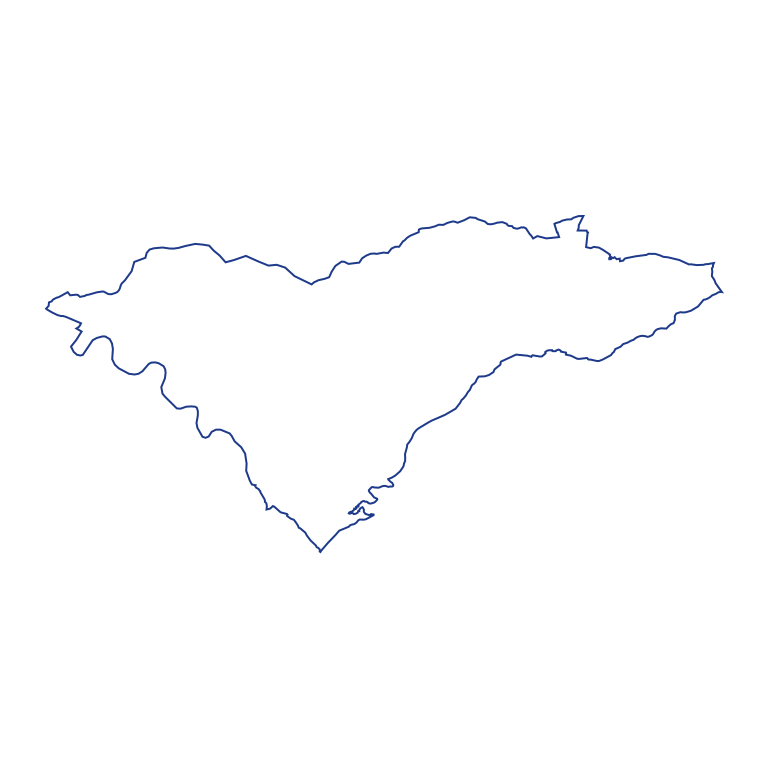 the district of Valea Lunga, Alba, Romania
{"feature_id": "2599482B95544778278344", "entity_name": "Valea Lunga", "entity_type": "district", "adm_level": 2, "iso_a3": "ROU", "parent_name": "Romania", "parent_adm1": "Alba", "projection": "natural_earth1", "projection_center": [24.097, 46.129], "detail": "fine", "context": "isolated", "style": "outline", "palette": "blue", "viewbox_px": 768, "rotation_deg": 0, "n_neighbors": 0, "source": "geoboundaries", "source_scale": "gbopen_adm2", "svg_char_len": 6092}
<svg xmlns="http://www.w3.org/2000/svg" viewBox="0 0 768 768"><path d="M273.4,506.5L273.7,506.4L274.2,506.6L280.6,512.3L287.0,514.0L287.5,514.6L287.0,515.7L287.7,516.4L290.7,518.6L293.9,519.8L295.8,522.3L298.0,525.7L298.7,527.7L300.3,528.4L305.3,532.6L306.9,535.6L310.7,540.6L315.9,545.5L316.7,547.2L318.3,547.9L319.6,549.3L319.9,550.0L319.7,551.5L320.4,552.0L321.6,550.2L328.0,542.8L335.3,535.2L339.2,530.7L348.8,526.7L350.0,525.4L351.2,524.8L354.5,524.0L356.6,522.4L358.3,520.3L359.8,519.5L363.6,519.7L365.8,519.3L373.4,515.3L373.7,514.9L373.6,514.5L371.4,514.1L371.0,514.2L371.0,514.6L370.2,514.7L369.8,515.3L365.4,513.9L363.8,511.8L363.9,509.5L362.5,507.2L361.3,507.7L359.9,508.9L359.3,510.1L359.3,511.1L358.3,511.0L357.7,512.7L355.8,513.7L353.8,514.1L352.2,512.7L351.3,513.2L349.5,513.7L348.8,513.3L349.2,512.6L350.6,511.8L352.3,511.7L352.7,510.9L353.7,510.3L354.2,508.7L355.1,509.1L356.0,508.8L356.6,507.9L356.5,507.5L355.9,507.2L356.0,506.9L357.6,505.9L358.1,506.5L358.4,506.5L358.6,505.9L358.2,505.2L358.3,504.8L360.6,503.1L361.1,502.2L363.1,501.1L363.9,501.0L365.1,501.7L366.6,501.7L367.7,502.2L368.4,503.2L370.7,503.6L373.8,502.7L375.1,501.9L376.7,500.3L377.3,499.2L377.1,498.7L374.1,497.4L371.2,493.8L369.8,492.5L368.9,491.0L368.9,490.1L371.6,487.3L372.5,487.0L374.7,487.5L378.7,487.7L382.9,486.0L385.4,485.9L388.5,486.9L390.2,486.5L392.2,486.5L393.0,486.1L393.3,485.0L392.2,482.9L390.6,481.8L388.5,479.8L388.2,479.1L391.7,477.7L395.1,475.7L400.1,471.3L403.0,467.1L403.7,465.6L404.0,463.5L405.1,461.1L405.2,457.6L405.0,454.2L406.9,447.3L407.2,444.7L409.5,441.8L411.8,438.1L413.4,434.1L414.5,432.4L416.6,429.9L418.8,428.2L427.4,423.0L431.7,420.6L444.9,414.9L455.6,408.7L459.9,403.2L461.7,399.9L463.2,398.7L466.1,395.2L467.8,392.2L469.9,389.8L471.8,385.5L472.7,384.6L474.1,383.7L475.7,381.9L476.7,379.5L478.6,376.6L484.9,376.3L489.0,375.0L493.4,372.1L494.5,369.4L500.2,364.8L500.5,364.1L500.6,362.3L501.2,361.5L516.1,354.6L527.4,355.7L531.4,356.8L532.0,355.7L532.6,355.3L539.7,356.5L542.0,356.4L545.2,353.7L545.6,353.1L545.2,352.4L545.2,352.1L547.1,350.7L548.5,350.3L551.7,350.2L552.1,350.2L552.4,351.1L555.4,351.2L555.9,351.0L556.3,350.4L558.7,349.6L560.3,350.4L561.0,351.1L560.9,351.6L561.1,351.7L566.0,352.6L566.1,353.2L565.9,354.6L570.9,355.7L577.3,358.8L579.3,358.9L586.9,358.0L587.4,358.2L588.0,359.2L588.9,359.6L590.6,359.6L597.4,361.1L599.3,360.9L602.8,359.5L611.0,355.1L612.4,353.2L613.9,351.9L615.3,349.1L620.6,346.7L623.1,344.1L627.6,342.6L631.0,340.7L633.6,339.8L635.3,338.3L637.1,337.2L639.8,336.2L642.1,335.8L645.0,336.1L647.3,336.8L649.0,336.6L652.1,335.1L653.1,334.1L654.4,331.7L656.2,329.9L657.7,329.1L661.0,328.3L666.4,328.6L668.3,326.5L670.8,324.3L673.6,323.1L674.9,319.9L674.8,316.1L676.2,313.6L680.0,312.3L681.3,312.2L682.6,312.5L685.6,312.3L690.8,310.8L698.0,306.5L703.6,299.8L705.7,299.4L708.2,298.3L710.5,296.8L712.1,295.4L716.0,293.8L718.0,292.5L720.1,291.9L721.9,292.1L715.4,282.9L715.1,281.7L714.2,279.7L712.0,276.4L711.9,275.3L712.3,271.8L711.9,268.4L713.0,266.7L713.0,265.2L713.9,263.0L707.9,264.1L705.5,264.2L703.7,264.8L696.9,265.1L691.0,264.3L688.9,264.4L679.3,260.0L667.9,257.3L663.3,256.8L659.8,255.3L655.3,253.9L648.7,253.8L646.4,254.9L635.7,256.3L626.0,258.2L624.7,258.7L623.2,260.6L620.0,261.2L619.7,258.6L616.7,259.2L614.6,257.2L613.4,258.0L612.5,257.7L610.8,259.2L609.3,259.2L609.2,258.1L610.7,256.6L610.0,255.9L609.7,255.0L609.9,254.5L603.0,249.9L598.9,247.6L593.9,246.9L590.7,248.2L586.1,247.1L587.5,233.9L588.0,232.5L587.2,232.2L586.6,230.6L577.7,230.5L578.7,227.9L578.8,225.2L583.4,216.0L578.5,216.1L573.4,217.8L571.3,219.3L567.0,219.5L562.0,220.7L560.1,221.9L555.6,223.2L554.4,223.9L557.0,232.4L557.6,232.4L559.1,237.1L546.4,238.4L537.3,236.1L533.1,238.5L531.3,235.7L529.8,234.2L525.9,228.3L523.7,227.3L522.7,227.6L521.3,227.3L519.0,228.3L516.9,228.7L513.5,227.9L512.2,226.2L508.6,225.8L507.6,225.2L506.7,223.8L502.3,222.1L497.1,222.7L494.4,223.6L490.8,224.3L487.8,224.0L484.8,221.5L477.4,219.1L475.8,217.9L469.7,217.3L464.2,220.2L457.6,222.7L454.1,221.5L452.4,221.5L447.4,222.9L443.3,224.9L438.9,224.7L434.8,226.4L429.5,227.8L422.2,228.4L420.1,228.9L418.9,229.6L418.7,232.2L410.3,235.7L407.2,237.7L404.4,240.5L403.0,241.3L399.2,246.7L395.4,246.8L391.6,248.5L388.0,253.0L383.6,252.6L376.4,253.9L374.3,253.5L370.5,253.8L366.4,255.5L362.1,258.3L359.3,262.6L348.5,263.9L344.3,261.8L341.6,261.6L335.4,265.9L331.7,271.6L329.2,277.2L324.7,278.8L318.5,280.2L313.9,282.4L311.6,284.4L294.5,276.1L285.2,267.6L276.7,264.8L268.5,265.6L258.4,261.5L245.9,255.9L234.1,260.0L225.6,262.3L219.6,255.5L213.8,250.7L209.1,245.6L202.6,244.6L195.2,243.9L185.4,246.0L178.6,247.9L173.7,248.6L169.4,248.5L163.4,247.6L161.4,247.6L153.8,248.3L149.5,249.6L146.7,252.9L145.4,257.8L134.3,261.9L131.6,271.2L124.8,280.5L121.8,283.4L120.9,285.0L119.7,288.8L119.0,290.1L117.4,292.0L115.3,293.0L111.4,294.2L109.7,294.2L108.2,294.0L103.7,291.6L102.4,291.5L97.0,292.3L88.5,294.7L86.3,295.0L84.9,295.9L80.0,296.9L77.8,294.9L75.7,294.7L70.2,295.3L67.7,292.2L58.8,297.1L56.6,297.7L53.1,299.5L51.6,301.4L49.0,302.4L48.6,305.9L46.1,308.7L47.4,309.7L52.2,312.5L57.3,315.0L61.2,316.1L63.0,316.0L66.0,316.9L81.0,323.3L80.1,325.1L79.0,326.8L76.4,328.5L81.6,331.5L76.2,340.1L71.0,346.6L73.7,351.9L77.0,354.8L80.4,355.5L82.8,354.9L92.7,340.2L96.7,338.0L102.5,336.4L105.3,336.5L109.8,339.2L112.0,343.5L112.9,349.0L112.2,359.2L114.8,364.6L118.7,368.3L129.0,373.8L134.6,374.5L138.4,373.8L142.4,371.3L148.8,363.9L151.4,362.6L155.3,362.4L158.6,363.2L163.6,366.2L165.2,369.4L165.6,372.9L164.9,378.5L161.3,387.1L162.5,393.7L165.2,396.9L176.8,408.4L180.4,408.7L186.3,406.7L191.1,406.4L195.1,406.7L196.8,407.7L197.9,411.3L197.8,415.7L196.5,423.0L197.4,427.8L202.5,436.8L205.6,437.8L208.7,436.5L211.7,431.8L215.9,429.7L220.6,429.7L229.6,433.4L231.6,435.8L234.7,441.4L241.2,447.2L245.1,453.6L246.6,463.6L246.2,470.8L249.8,480.6L251.9,484.5L255.3,485.2L254.9,485.6L256.2,487.7L258.7,489.2L259.4,490.4L260.2,491.1L260.4,492.3L264.4,499.0L265.0,500.8L264.9,501.9L266.3,503.1L266.9,506.2L266.5,509.5L269.6,508.8L270.7,508.1L272.8,506.1L273.4,506.5Z" fill="none" stroke="#1e3a8a" stroke-width="2"/></svg>